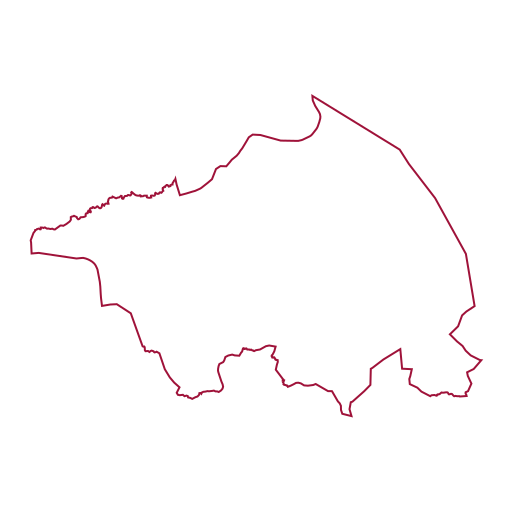 Biu, Borno, Nigeria
{"feature_id": "59680162B23952502219543", "entity_name": "Biu", "entity_type": "district", "adm_level": 2, "iso_a3": "NGA", "parent_name": "Nigeria", "parent_adm1": "Borno", "projection": "albers", "projection_center": [12.028, 10.829], "detail": "fine", "context": "isolated", "style": "outline", "palette": "rose", "viewbox_px": 512, "rotation_deg": 0, "n_neighbors": 0, "source": "geoboundaries", "source_scale": "gbopen_adm2", "svg_char_len": 5965}
<svg xmlns="http://www.w3.org/2000/svg" viewBox="0 0 512 512"><path d="M312.4,95.9L312.5,97.4L312.8,100.5L315.2,105.9L319.1,112.2L319.5,113.1L320.0,114.2L320.2,115.5L320.4,116.6L320.3,117.8L320.3,118.2L319.3,122.0L317.7,126.6L317.0,128.0L316.3,129.1L312.2,134.3L311.0,135.5L309.6,136.4L302.7,139.7L301.6,140.1L298.1,140.9L280.7,140.6L260.4,135.0L252.7,134.6L248.8,137.3L246.6,141.1L242.2,148.4L240.3,150.8L238.9,153.1L236.7,155.7L231.8,159.7L229.7,162.3L226.3,166.3L220.4,166.1L216.0,169.0L212.0,179.2L207.9,182.7L201.3,187.9L200.0,188.7L195.1,190.9L192.5,191.6L186.3,193.5L179.9,195.2L176.6,184.5L175.4,178.9L174.9,180.2L174.0,180.6L173.6,181.7L172.8,182.6L172.5,184.5L172.0,184.4L170.4,185.2L170.4,186.1L168.8,186.6L168.2,185.6L167.8,185.6L167.2,185.0L166.6,185.0L166.0,185.6L165.5,186.0L165.1,186.9L164.5,186.7L163.8,187.2L163.5,187.8L162.8,187.9L162.6,189.0L163.3,190.8L162.6,191.2L161.9,192.3L161.4,192.8L160.8,192.7L160.3,192.3L159.9,192.3L159.3,192.8L158.8,193.7L157.6,193.9L156.2,193.3L155.6,192.8L155.2,193.1L155.1,193.5L155.3,193.9L155.1,194.8L154.6,195.6L153.6,195.8L152.8,195.6L151.8,195.5L151.0,195.7L151.0,196.8L151.2,197.5L149.8,197.8L148.1,197.7L146.9,197.3L146.8,196.7L146.8,195.7L143.9,195.7L143.1,196.2L140.9,196.4L140.9,195.7L140.0,195.2L139.5,195.7L137.2,195.6L135.5,195.1L133.2,193.3L132.2,192.3L131.6,192.0L131.2,192.5L131.6,193.4L131.5,193.9L130.6,195.3L130.1,195.5L128.9,195.1L128.0,195.0L127.2,195.8L126.0,196.0L125.0,196.0L124.4,196.7L123.7,197.8L123.4,198.7L122.6,198.8L122.0,198.4L122.1,197.4L121.5,196.7L121.6,196.0L121.0,195.8L120.3,196.5L119.1,197.4L117.7,197.6L116.1,198.3L112.5,196.6L112.0,197.6L110.6,197.8L110.0,197.8L109.0,198.5L108.4,199.5L108.3,200.5L107.9,201.4L108.5,203.7L107.7,203.8L107.1,203.6L106.3,203.5L105.6,203.7L104.9,204.2L104.2,205.7L103.8,205.5L103.3,204.7L102.5,204.2L102.0,205.0L101.9,206.0L101.5,207.3L100.9,208.0L100.0,208.3L98.7,207.6L97.9,206.6L97.2,206.3L95.6,207.7L94.5,208.0L93.3,207.1L92.6,207.1L92.4,207.9L91.8,208.2L90.6,208.2L90.1,208.6L89.8,209.7L89.8,210.3L90.8,211.3L90.8,212.0L90.6,212.3L89.2,212.0L88.8,211.7L88.9,210.9L88.4,210.7L88.0,211.3L87.6,212.4L87.6,213.2L86.2,213.4L85.6,214.2L85.7,215.3L85.6,216.2L84.6,216.7L83.1,217.1L80.6,217.3L79.4,218.9L78.2,219.3L77.1,218.2L76.7,217.0L75.4,216.5L74.0,215.8L73.1,216.3L71.7,216.6L70.8,217.1L70.8,218.3L70.9,219.7L69.8,221.4L66.4,224.0L63.3,225.8L61.8,225.5L60.4,225.5L54.9,229.5L53.5,229.3L52.4,228.7L50.4,229.0L48.1,228.5L47.1,228.7L45.6,227.9L44.9,227.4L44.2,227.6L43.5,228.0L42.8,227.7L41.8,227.5L40.8,227.5L40.9,228.8L40.6,229.3L39.9,229.3L39.4,228.8L38.6,228.6L37.9,228.9L37.1,229.0L36.7,229.6L36.0,229.9L35.1,230.1L35.1,230.9L33.5,232.9L30.7,240.3L31.1,242.6L31.6,253.5L38.7,252.9L76.5,258.5L81.4,258.0L83.2,257.9L85.7,258.5L88.1,259.4L90.1,260.4L92.3,261.8L94.3,263.6L95.6,265.4L96.9,268.1L97.5,269.6L99.8,281.8L100.3,286.6L100.7,293.8L101.0,297.8L102.0,305.9L110.4,304.5L116.8,304.2L130.8,313.3L142.6,346.3L143.5,346.7L144.2,346.5L144.7,347.2L144.9,350.3L145.5,351.2L148.0,351.0L148.8,351.5L149.4,352.0L150.8,350.9L151.6,350.6L153.6,351.3L153.9,351.9L154.5,352.4L155.9,352.1L156.6,351.7L159.4,353.3L164.8,369.2L169.8,377.4L174.2,382.6L179.5,387.3L176.7,392.8L177.9,394.8L179.8,395.2L182.9,394.8L184.5,396.2L186.5,395.6L187.8,396.1L188.1,397.4L190.3,397.9L192.2,398.9L195.4,397.2L197.5,396.5L199.1,394.8L199.4,393.1L200.6,393.0L201.3,393.8L202.0,392.4L203.4,391.8L205.4,391.6L207.5,391.1L208.9,391.3L212.3,390.9L213.9,390.6L215.5,391.4L217.2,391.4L218.7,392.0L221.0,390.5L222.5,388.7L223.1,386.7L222.6,384.3L221.4,381.5L218.4,372.4L218.0,370.7L218.1,368.7L218.6,366.1L219.4,364.0L223.2,362.1L224.2,360.5L225.4,357.0L228.3,355.5L232.2,354.6L234.7,355.4L239.3,355.7L241.2,352.5L242.1,351.6L242.9,348.7L243.3,348.2L243.8,348.2L244.0,348.7L244.3,349.0L244.9,349.0L245.4,348.8L245.7,348.5L246.3,348.4L246.6,348.6L247.2,349.5L248.6,349.5L249.0,349.4L249.4,349.7L250.1,349.9L250.8,349.9L251.1,349.6L251.5,349.8L252.1,350.3L252.6,350.4L253.0,350.4L253.3,350.8L254.1,351.1L255.9,350.2L260.0,349.5L265.9,346.2L269.2,345.5L275.6,346.6L274.3,351.3L272.5,354.8L271.8,355.3L271.6,356.0L272.0,356.3L272.1,356.7L272.1,357.2L272.2,357.5L272.8,357.6L273.1,357.7L273.4,357.7L273.6,357.3L274.0,357.2L274.3,357.4L275.3,358.9L275.2,359.3L275.4,359.6L275.7,359.8L276.5,360.0L276.9,359.9L277.7,360.2L277.6,360.6L277.8,361.5L277.8,361.9L276.9,364.7L275.8,369.7L283.0,379.2L282.8,380.1L283.1,380.0L283.2,379.7L283.4,379.7L283.5,379.7L283.8,380.2L284.1,380.3L284.0,380.6L283.8,380.7L283.7,380.7L283.4,380.5L283.5,380.7L283.3,381.0L283.5,381.3L283.6,381.6L283.4,382.0L283.2,382.1L283.0,382.3L283.6,383.3L283.7,384.1L283.6,384.3L284.4,384.7L284.4,384.9L285.1,385.0L285.6,385.0L286.3,385.5L286.4,385.4L286.7,385.5L286.9,385.4L287.1,385.5L287.4,385.7L287.5,386.0L287.9,386.8L290.9,385.6L293.9,384.1L296.0,382.9L298.3,382.7L300.9,383.4L304.1,385.4L307.9,385.7L313.2,385.0L315.7,384.0L328.0,391.1L331.3,391.1L332.0,391.2L337.9,401.4L339.7,403.3L340.9,405.8L341.0,410.0L342.3,413.8L351.5,416.1L349.5,409.2L350.8,402.2L352.4,401.7L364.2,391.2L370.4,384.9L370.8,368.8L372.4,367.9L383.4,359.5L400.3,349.1L402.1,368.7L411.8,369.2L410.3,376.0L409.3,379.0L409.8,384.1L417.4,387.7L421.4,391.6L430.3,396.2L431.4,395.3L432.1,395.2L434.5,395.0L436.1,395.6L436.7,395.7L437.0,395.3L437.0,394.8L437.5,394.4L438.3,394.3L438.6,394.5L438.9,394.4L439.5,394.0L440.1,393.8L440.4,393.4L441.5,392.5L442.4,392.7L443.9,392.7L444.6,392.5L446.3,392.3L447.1,392.3L447.8,392.6L448.5,393.9L448.9,394.3L449.5,394.3L451.0,393.8L451.5,393.9L452.1,394.1L453.2,395.4L454.1,396.2L454.6,396.2L455.4,395.9L457.1,396.2L459.5,396.2L459.8,396.5L466.6,396.0L466.2,394.5L465.6,393.6L465.6,392.3L465.7,392.2L468.0,391.2L471.4,383.6L467.8,375.9L467.1,372.3L473.7,369.0L481.3,360.2L479.8,360.0L470.7,355.4L465.7,350.7L462.6,346.0L457.0,341.4L449.9,334.3L458.1,326.3L462.1,315.4L466.4,311.5L474.6,306.1L465.9,253.9L435.1,198.1L408.9,164.0L399.7,149.6L312.4,95.9Z" fill="none" stroke="#9f1239" stroke-width="2"/></svg>